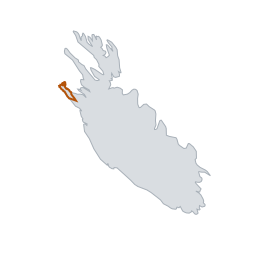 Suðurnes on a map of Iceland (Natural Earth projection), rotated 53°
{"feature_id": "ISL-704", "entity_name": "Suðurnes", "entity_type": "Independent Town", "adm_level": 1, "iso_a3": "ISL", "parent_name": "Iceland", "parent_adm1": "", "projection": "natural_earth1", "projection_center": [-22.463, 63.949], "detail": "fine", "context": "in_parent", "style": "outline", "palette": "amber", "viewbox_px": 256, "rotation_deg": 53, "n_neighbors": 0, "source": "natural_earth", "source_scale": "10m", "svg_char_len": 4500}
<svg xmlns="http://www.w3.org/2000/svg" viewBox="0 0 256 256"><g transform="rotate(53 128 128)"><path d="M196.9,94.9L199.2,95.0L202.9,94.1L208.2,91.5L210.4,90.9L215.7,90.9L209.4,93.4L207.2,96.2L205.5,97.5L205.6,98.1L210.1,99.8L212.3,99.2L213.2,99.5L214.1,100.3L214.8,101.8L214.5,103.5L213.2,105.1L211.6,106.5L211.8,106.9L213.2,107.1L220.6,106.3L221.5,108.3L222.2,109.0L222.0,109.7L219.2,111.8L222.6,110.5L225.3,110.1L230.0,110.8L231.9,111.5L233.1,112.9L235.4,112.5L236.5,113.3L236.6,114.1L235.7,116.4L233.0,117.6L234.8,119.2L236.2,119.3L236.4,119.6L236.3,120.6L234.3,121.8L237.8,123.1L238.3,123.6L238.2,125.0L237.6,125.9L236.6,126.4L234.1,126.5L232.5,127.0L233.1,127.9L232.8,130.4L230.9,132.5L229.0,133.6L227.2,134.3L222.1,133.5L222.4,135.3L220.7,136.4L221.0,137.3L221.7,137.7L221.5,138.9L219.2,141.3L217.6,142.1L214.4,143.1L209.8,145.3L205.0,145.3L193.4,148.4L188.8,150.2L180.7,155.3L177.2,156.6L171.3,157.3L153.3,160.7L151.4,162.7L151.3,163.1L152.1,163.9L150.8,165.3L148.1,166.4L146.8,166.4L144.5,165.5L144.3,165.9L145.2,167.0L136.4,168.8L124.1,167.8L113.3,165.3L104.6,164.8L98.5,161.3L98.4,160.8L99.0,159.7L101.2,159.3L100.1,158.2L96.5,160.1L95.3,160.0L93.7,159.3L93.7,158.5L90.6,158.3L85.3,156.0L84.9,155.5L86.2,154.8L86.0,154.7L83.1,154.8L79.0,156.8L54.4,157.6L53.5,156.6L52.5,152.6L53.4,150.9L54.4,151.0L57.3,153.3L63.9,152.0L66.5,151.2L69.0,149.0L70.4,148.3L72.4,145.6L74.4,143.9L78.6,143.1L74.9,142.6L68.7,144.8L66.6,144.8L67.5,143.9L69.7,142.8L68.2,142.7L67.6,142.2L67.6,141.2L68.7,139.5L76.0,136.6L74.2,136.1L69.2,138.3L65.5,139.1L62.5,138.0L61.0,136.7L61.1,136.1L62.9,134.3L62.6,134.0L61.4,133.8L58.2,132.2L53.0,132.4L40.3,131.4L30.7,133.7L28.4,132.6L26.6,130.4L27.0,129.5L28.6,129.0L33.3,129.1L40.2,128.1L43.4,126.8L44.6,127.1L45.2,127.7L49.4,126.7L51.7,125.6L55.5,126.2L69.8,125.5L71.6,124.1L72.4,122.3L72.0,121.9L66.8,123.6L65.6,123.5L59.5,122.7L57.3,121.7L58.0,120.9L61.3,119.2L69.5,116.4L70.6,115.8L70.7,115.1L67.5,113.9L61.3,114.3L59.7,112.9L54.6,112.0L51.2,112.5L49.4,111.7L29.2,116.2L22.7,114.1L18.1,113.8L17.7,113.1L20.4,111.1L22.3,110.8L24.1,111.0L27.7,112.3L30.2,112.8L27.1,110.7L27.0,108.8L26.0,108.3L25.1,107.0L25.5,106.6L29.2,106.9L35.0,109.1L37.9,108.7L41.7,107.3L33.3,106.5L30.7,104.7L32.6,103.8L36.9,103.9L32.1,100.9L31.9,100.3L32.7,99.0L38.7,100.1L35.6,98.4L35.5,98.0L36.4,97.6L36.9,96.5L38.4,96.1L41.5,96.5L46.2,98.5L46.9,99.1L47.1,101.2L48.9,100.9L51.2,101.2L53.0,99.8L54.3,100.1L55.3,101.4L55.2,104.2L56.5,103.2L58.7,103.2L59.0,100.8L58.6,99.0L51.4,96.8L48.5,95.3L48.8,94.7L50.3,94.3L57.8,93.9L54.6,93.0L53.8,92.0L48.1,92.4L45.2,92.0L45.1,91.5L46.2,90.8L49.7,89.4L56.3,89.2L59.0,89.6L64.1,92.8L68.2,94.1L75.0,98.5L79.4,100.1L79.6,100.5L78.9,101.0L77.2,101.6L79.8,102.4L81.4,103.5L81.5,104.0L80.1,107.5L78.5,108.6L74.4,108.0L75.4,109.1L78.3,110.3L79.0,110.9L78.5,111.6L79.9,111.4L80.4,111.7L79.7,113.7L79.0,114.5L81.4,114.9L83.1,115.8L85.2,119.9L86.2,116.8L86.8,115.6L87.8,115.2L88.9,112.1L91.6,110.2L94.2,109.5L96.8,111.7L98.7,111.9L100.6,108.1L100.8,105.2L100.2,102.1L100.5,99.9L101.8,98.6L103.5,98.2L107.1,99.5L110.2,102.6L114.8,105.9L118.0,106.8L118.6,106.7L119.1,105.6L118.6,101.2L120.0,98.8L123.8,98.2L129.4,96.1L130.7,96.0L133.6,97.3L138.7,101.7L142.4,103.8L144.3,107.1L145.2,107.7L145.9,106.6L146.0,105.2L141.4,98.4L141.4,97.4L141.8,96.7L149.6,97.1L151.4,97.8L156.9,101.7L159.5,100.1L164.7,95.5L166.5,95.7L171.0,97.5L172.8,97.4L178.0,95.7L179.1,93.6L176.7,89.2L177.6,88.3L182.4,87.2L187.7,87.5L193.3,91.5L193.6,93.4L196.9,94.9Z" fill="#d9dde1" stroke="#a8b0b8" stroke-width="1"/><path d="M69.1,157.1L68.5,157.2L67.7,157.2L67.4,157.2L66.4,157.4L60.8,156.7L60.4,156.9L60.0,157.2L59.6,157.4L59.2,157.2L59.5,157.1L59.0,157.1L58.2,157.3L57.6,157.5L57.2,157.7L57.0,157.8L56.8,157.8L54.8,157.7L54.3,157.8L54.2,157.8L54.1,158.0L53.8,158.1L53.6,158.0L53.3,157.7L53.0,157.6L53.2,157.3L53.3,157.2L53.5,156.7L53.4,156.4L53.2,156.3L53.0,156.2L52.8,156.0L53.1,155.7L53.5,154.7L54.6,154.5L54.7,154.4L54.6,154.1L54.4,154.1L54.0,154.3L53.6,154.3L53.1,154.1L52.8,153.8L52.7,153.3L53.0,152.7L53.1,152.2L53.0,151.7L53.0,151.4L53.0,151.2L53.4,150.8L53.6,150.7L53.9,150.8L54.5,151.2L55.2,151.5L55.8,151.9L56.3,152.6L56.6,153.3L56.3,153.3L56.6,153.5L57.1,153.6L59.1,153.7L59.6,153.6L59.9,153.4L59.7,153.2L59.8,153.0L60.1,152.8L60.3,152.7L60.6,152.6L61.6,152.5L62.3,152.2L62.6,152.2L62.8,152.2L63.4,152.5L63.6,152.5L64.2,152.4L65.2,151.9L67.0,153.0L69.1,153.0L71.8,152.9L74.8,153.1L69.9,156.3L69.5,156.6L69.1,157.1L69.1,157.1Z" fill="none" stroke="#b45309" stroke-width="2"/></g></svg>